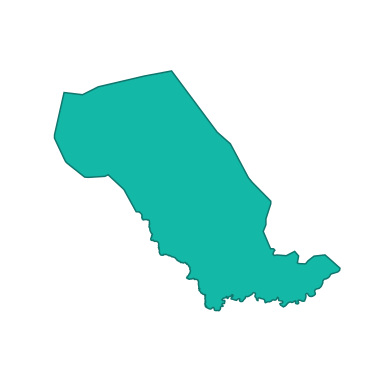 Kala Balge, Borno, Nigeria, rotated 133°
{"feature_id": "59680162B27876975276040", "entity_name": "Kala Balge", "entity_type": "district", "adm_level": 2, "iso_a3": "NGA", "parent_name": "Nigeria", "parent_adm1": "Borno", "projection": "albers", "projection_center": [14.602, 11.905], "detail": "fine", "context": "isolated", "style": "filled", "palette": "teal", "viewbox_px": 384, "rotation_deg": 133, "n_neighbors": 0, "source": "geoboundaries", "source_scale": "gbopen_adm2", "svg_char_len": 5862}
<svg xmlns="http://www.w3.org/2000/svg" viewBox="0 0 384 384"><g transform="rotate(133 192 192)"><path d="M131.1,214.4L117.4,289.5L139.2,305.6L179.0,332.3L195.5,338.4L206.5,353.4L244.0,331.5L246.4,329.3L254.7,308.6L256.0,305.1L256.1,302.8L254.3,280.7L252.2,278.0L240.0,266.4L236.6,265.1L236.6,243.5L244.5,219.4L242.5,216.8L242.4,216.5L242.6,215.9L242.4,215.2L242.8,213.2L243.0,212.9L243.6,212.4L244.1,211.8L244.6,211.6L244.8,211.4L245.0,210.9L245.1,210.5L245.3,210.3L245.6,210.2L245.3,209.2L245.7,208.9L245.7,208.7L245.5,208.4L244.6,207.9L243.7,207.0L243.4,206.8L242.9,206.2L242.9,205.7L242.7,205.3L242.5,205.0L242.0,204.6L242.0,204.2L242.2,203.6L242.7,202.9L243.2,202.5L243.7,202.2L244.0,201.8L244.1,201.3L244.3,201.2L244.5,201.0L245.0,201.1L245.2,200.9L245.7,200.3L246.5,199.9L246.9,199.5L247.1,198.9L247.0,198.4L248.1,197.3L249.0,196.0L249.5,194.5L249.6,194.2L249.7,193.8L250.0,193.2L249.8,192.5L249.8,192.3L251.1,191.6L251.4,191.7L251.8,191.4L252.4,191.1L252.5,190.7L253.7,190.6L253.9,190.5L254.4,190.2L255.0,189.5L255.1,189.1L254.9,188.5L254.2,187.9L254.3,187.8L254.2,187.5L253.9,187.2L253.7,187.3L253.7,187.0L253.8,186.6L253.7,185.8L253.5,185.5L253.0,185.1L252.4,184.6L251.8,182.9L251.9,182.5L252.2,181.6L252.4,181.2L253.1,180.7L253.5,180.2L254.1,179.9L254.7,179.0L254.9,178.8L255.5,178.7L255.6,178.4L255.3,178.0L255.3,177.8L255.6,177.6L256.2,177.5L256.4,177.1L256.5,176.4L258.5,174.7L259.1,173.2L259.4,172.3L259.3,171.8L259.0,171.3L258.7,170.9L258.3,170.6L258.1,170.1L257.9,170.0L257.4,170.0L257.0,170.2L256.8,170.0L256.2,169.0L255.4,168.8L254.4,166.1L254.3,165.2L253.5,164.9L253.4,164.7L253.3,163.5L253.2,163.1L253.2,162.6L252.3,161.5L252.0,160.7L251.9,160.1L251.5,159.2L251.6,158.9L251.8,158.4L251.7,157.3L252.1,156.1L251.9,155.6L251.6,155.0L251.6,154.1L251.0,153.4L251.0,153.2L251.3,152.6L251.3,152.2L251.1,151.9L250.4,151.3L250.1,150.8L250.0,150.2L249.7,149.8L248.5,149.2L248.3,149.0L248.2,148.8L248.3,148.1L248.3,147.7L248.0,147.4L247.7,147.2L247.9,146.7L248.3,146.6L248.4,146.4L248.3,146.2L248.0,145.7L247.9,144.8L248.4,144.0L248.2,143.5L248.7,142.9L248.5,142.1L249.3,141.4L249.9,141.1L250.2,140.2L250.9,139.2L251.3,139.0L252.1,138.7L252.8,138.1L253.2,138.2L253.8,138.0L254.3,138.1L255.1,137.7L256.2,137.6L256.8,137.9L257.6,137.5L258.1,137.5L258.3,137.5L258.4,137.4L258.5,136.4L257.8,135.6L257.9,134.8L257.3,134.1L256.2,133.6L255.8,132.8L254.7,132.4L253.9,131.6L253.9,131.3L254.3,130.9L254.3,130.7L254.2,130.5L253.6,130.1L253.0,129.2L252.6,128.7L252.4,128.2L252.5,127.5L252.8,127.1L252.8,126.7L253.1,126.2L253.3,126.0L253.4,125.6L254.1,125.3L254.7,124.8L255.0,124.5L255.3,124.0L255.9,123.4L256.7,122.2L257.0,121.9L257.8,121.4L258.1,121.1L258.2,120.9L258.1,120.7L257.7,120.7L257.4,120.5L257.4,120.4L257.5,120.2L258.3,120.1L259.1,119.7L259.1,118.1L259.4,117.3L259.6,116.5L259.4,115.6L259.1,115.2L259.3,114.8L259.3,114.4L258.7,113.1L258.3,112.8L258.0,112.2L258.4,111.6L258.9,111.7L259.3,111.7L259.4,111.2L259.7,110.8L259.8,110.4L260.3,110.4L260.7,110.0L261.4,109.7L261.5,109.1L261.8,108.4L262.9,108.0L262.9,107.6L263.1,107.2L263.1,106.9L263.4,106.8L263.8,107.0L264.1,106.9L264.5,106.4L265.2,106.3L265.1,105.6L265.5,105.0L266.1,104.9L266.4,104.3L265.9,103.9L265.7,103.5L265.9,103.1L266.6,103.0L266.4,102.1L265.7,99.8L265.1,98.8L264.6,98.4L263.8,98.2L263.0,98.2L262.2,98.0L261.9,97.6L261.8,97.2L262.3,96.0L262.7,95.6L262.9,95.3L263.0,94.9L262.9,94.3L261.9,93.1L261.3,92.7L260.8,91.8L260.3,91.3L259.6,91.2L258.1,91.5L257.6,91.9L257.0,92.6L256.2,92.6L255.3,92.3L254.7,91.5L254.4,91.4L254.1,91.7L254.0,92.1L254.1,92.7L254.0,93.2L253.4,93.6L252.6,93.6L252.0,92.6L251.6,92.4L251.3,92.3L250.7,92.7L250.2,93.2L249.3,93.5L249.2,93.9L249.1,94.3L249.5,94.7L250.0,95.0L250.4,95.4L250.5,95.9L250.4,96.3L250.2,96.7L249.6,96.7L248.7,96.6L247.8,96.3L246.3,95.3L245.0,95.5L244.7,95.2L244.9,94.6L245.5,94.4L245.7,94.0L245.7,93.5L245.1,93.2L243.9,93.6L243.0,93.4L242.4,93.0L241.6,92.6L241.2,92.5L239.8,92.7L239.6,92.5L239.5,92.1L239.7,91.5L240.1,91.2L240.8,90.9L241.3,90.9L242.0,91.2L242.7,91.0L243.3,90.7L243.5,90.4L243.2,89.9L242.7,89.2L241.5,86.5L241.0,85.7L240.3,85.5L239.3,85.5L237.9,84.9L237.6,84.4L237.7,83.9L238.9,83.3L239.1,82.9L239.1,82.4L239.0,81.8L238.1,80.8L237.4,80.5L236.7,80.5L235.6,80.7L233.8,80.6L233.1,80.7L232.8,81.1L232.2,81.3L231.8,81.4L231.3,81.0L231.1,80.4L230.5,79.9L229.5,79.4L226.0,78.4L224.3,78.6L223.6,78.3L223.0,77.4L223.0,76.5L223.3,75.9L225.0,75.1L225.6,74.5L225.6,73.0L226.7,71.3L226.8,70.2L226.4,69.7L226.0,70.0L225.4,70.9L224.4,71.1L223.5,70.7L222.9,68.9L222.0,67.6L221.4,66.1L221.8,64.6L222.7,63.7L222.9,62.9L222.1,62.4L220.7,61.8L219.6,60.6L218.5,59.9L217.6,59.6L216.3,59.6L215.6,59.2L214.5,57.5L213.2,57.0L212.2,57.3L210.7,57.6L210.5,57.0L210.8,56.2L211.6,55.5L212.1,54.4L210.2,51.5L210.6,50.4L211.6,50.3L212.5,50.8L213.0,51.3L213.8,51.5L214.1,50.8L214.3,50.0L214.1,49.2L213.7,46.8L211.9,46.1L210.7,46.0L207.8,46.1L206.1,45.6L205.3,45.0L204.9,43.9L204.0,43.1L202.2,42.7L201.1,41.9L201.2,41.3L202.0,41.2L202.6,40.6L202.7,39.8L202.0,38.6L201.0,38.1L200.3,38.4L199.3,40.2L199.0,40.4L198.7,40.4L198.4,40.3L197.6,39.3L197.0,38.1L197.0,37.7L196.2,36.3L195.2,35.5L194.7,35.4L193.9,35.9L192.8,36.2L192.0,36.6L190.3,37.7L189.8,38.6L189.4,39.0L188.7,39.1L188.2,39.0L187.7,38.6L187.6,38.0L187.7,37.3L188.0,36.5L188.1,35.0L187.6,34.1L186.5,33.0L185.6,32.6L183.8,32.1L182.7,32.1L182.2,32.5L180.8,34.8L179.8,35.2L177.9,34.9L176.9,34.0L175.7,33.3L173.6,33.1L172.3,33.3L169.2,34.4L167.8,35.7L165.3,35.8L164.2,34.7L161.8,33.9L160.0,33.8L158.2,34.4L157.0,34.3L151.1,30.9L148.7,30.6L146.8,31.8L147.0,42.4L147.3,51.8L155.7,59.0L163.0,60.2L167.2,60.0L171.4,64.9L172.0,66.6L166.1,70.4L165.4,76.4L174.3,79.6L180.2,87.0L182.3,88.5L182.2,90.5L179.5,91.6L178.1,91.7L177.9,93.5L179.9,95.9L172.3,113.0L165.6,115.6L161.1,119.7L147.0,126.3L145.0,128.1L143.9,154.5L143.1,160.4L130.6,196.8L131.1,214.4Z" fill="#14b8a6" stroke="#0f766e" stroke-width="1.5"/></g></svg>